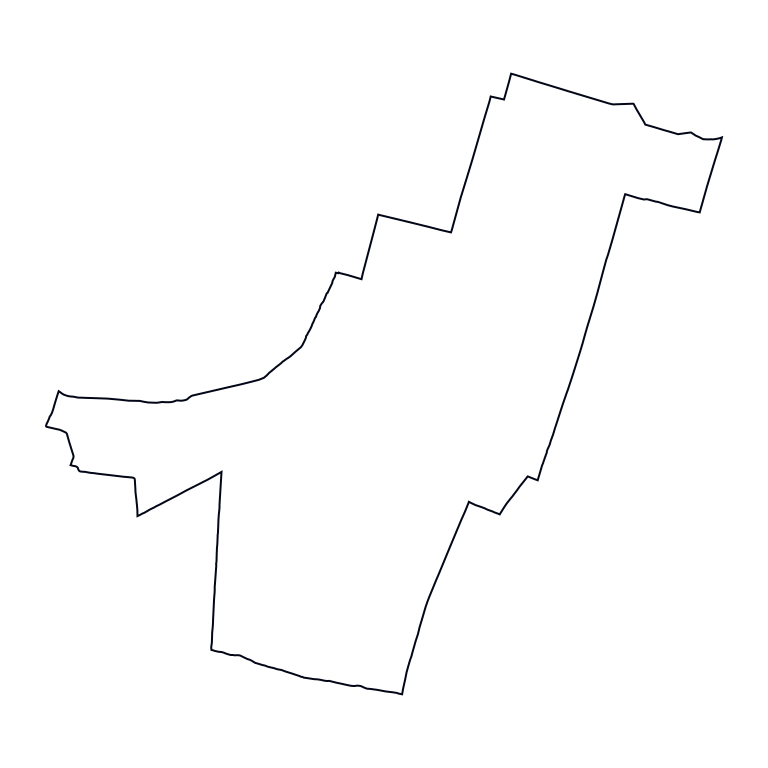 Apele Vii, Dolj, Romania
{"feature_id": "2599482B31738911385156", "entity_name": "Apele Vii", "entity_type": "district", "adm_level": 2, "iso_a3": "ROU", "parent_name": "Romania", "parent_adm1": "Dolj", "projection": "albers", "projection_center": [24.043, 44.082], "detail": "fine", "context": "isolated", "style": "outline", "palette": "ink", "viewbox_px": 768, "rotation_deg": 0, "n_neighbors": 0, "source": "geoboundaries", "source_scale": "gbopen_adm2", "svg_char_len": 6016}
<svg xmlns="http://www.w3.org/2000/svg" viewBox="0 0 768 768"><path d="M710.0,176.6L714.7,161.1L718.3,149.7L721.3,139.9L721.9,137.4L719.7,138.2L716.4,138.9L713.2,139.4L711.2,139.3L707.7,139.4L703.1,139.2L700.8,138.0L698.7,136.9L695.9,135.7L693.9,134.4L691.8,133.0L691.2,132.6L690.3,132.5L689.0,132.7L683.7,133.4L678.1,134.2L667.8,131.2L663.9,130.1L654.0,127.1L645.3,124.6L644.1,122.2L641.2,117.3L636.5,109.3L633.7,104.0L633.5,103.8L633.0,103.7L612.9,104.4L609.4,103.6L594.1,99.0L568.2,91.2L546.4,84.5L538.1,82.0L533.1,80.4L528.9,79.1L514.4,74.6L511.1,73.7L509.1,81.4L505.3,95.0L504.1,99.1L504.0,99.5L490.7,96.5L489.4,101.7L484.7,117.2L472.6,158.8L468.7,171.7L464.0,187.0L460.8,197.3L452.0,229.3L451.0,232.4L441.9,230.3L430.2,227.3L413.2,223.1L380.4,215.2L378.2,214.6L377.0,219.4L372.5,236.7L369.5,248.0L364.5,267.0L363.0,272.6L361.5,279.2L347.8,275.1L340.2,273.2L338.7,272.6L338.4,273.2L335.8,272.7L334.8,276.9L333.1,279.9L332.5,281.3L332.2,283.1L330.1,287.5L328.0,291.9L327.8,292.6L327.2,292.9L326.4,294.1L325.3,297.0L323.6,301.1L322.9,302.2L321.8,303.4L320.3,305.8L319.9,308.4L318.5,311.4L318.0,312.1L317.3,313.4L316.2,315.8L316.1,316.4L315.9,317.0L315.5,317.4L315.1,317.8L313.6,321.6L312.3,324.1L311.7,326.0L310.7,328.2L309.7,330.1L309.1,331.2L308.4,332.3L307.7,333.4L307.5,334.3L306.3,335.9L306.1,336.2L306.0,336.8L305.9,337.8L305.6,338.5L304.7,340.5L303.1,343.7L302.5,345.0L301.8,346.0L301.0,347.1L299.7,348.2L298.1,349.5L295.3,351.9L290.4,356.3L288.5,357.7L286.8,358.7L284.5,360.4L282.6,361.7L281.3,363.0L279.6,364.4L276.2,367.0L274.0,368.9L269.0,373.0L266.9,375.3L263.9,377.8L258.9,379.8L251.2,381.8L240.8,384.4L226.3,387.7L192.3,395.6L190.7,396.4L188.6,398.0L187.8,398.8L186.7,399.6L184.3,400.3L181.8,400.7L180.4,400.7L177.4,400.4L176.6,400.4L173.8,401.5L171.7,402.0L169.8,402.2L165.7,402.2L163.9,402.1L161.8,402.0L159.7,402.4L156.4,402.8L151.4,402.6L148.2,402.5L144.0,401.8L139.7,400.9L128.7,400.7L118.8,399.6L107.4,398.6L93.5,398.1L86.6,397.9L81.4,397.7L77.9,397.6L76.6,397.3L73.5,396.7L70.9,396.5L68.1,396.1L66.5,395.6L64.8,395.0L63.7,394.6L63.2,394.3L61.9,393.5L60.6,392.5L58.7,391.2L57.5,394.8L55.3,401.9L54.2,405.7L53.0,409.9L51.8,413.2L50.7,415.4L49.8,416.4L48.9,419.0L47.4,422.4L46.8,423.4L46.4,424.6L46.1,425.5L46.1,426.2L46.5,426.7L46.9,426.9L47.5,427.0L56.6,429.1L59.5,429.7L60.8,430.2L63.2,431.3L65.9,432.6L66.6,433.4L66.9,433.9L69.2,442.0L71.0,447.8L73.1,454.5L73.5,455.8L73.5,457.2L73.1,458.5L72.3,460.3L71.1,463.7L70.6,465.2L73.4,465.9L75.4,466.2L76.8,466.8L77.8,467.8L78.3,469.4L78.9,470.5L79.5,471.1L80.1,471.4L81.3,471.6L83.8,471.8L85.6,471.9L87.8,472.4L90.9,472.9L94.4,473.2L96.9,473.6L110.5,475.2L123.1,476.7L132.1,477.5L133.6,477.9L134.4,478.5L134.7,479.0L134.9,480.8L135.4,489.6L135.5,492.3L136.3,499.0L136.5,500.2L136.5,501.2L136.7,502.8L137.0,505.8L137.4,510.5L137.4,512.3L137.5,516.1L140.2,514.8L142.3,513.6L143.7,513.1L145.7,512.0L150.5,509.2L153.7,507.7L156.3,506.2L159.5,504.7L164.9,501.8L177.5,495.3L186.1,490.6L207.8,479.6L218.7,473.5L221.5,471.9L219.5,504.8L219.5,507.7L219.2,511.1L218.8,514.6L218.7,516.5L218.5,518.7L218.4,521.1L218.2,527.0L218.0,531.3L218.0,532.8L217.9,533.2L217.8,533.9L217.6,535.9L217.6,536.5L217.7,536.9L217.6,537.3L217.5,540.0L217.3,544.4L216.9,548.5L216.9,550.3L216.8,552.0L216.7,553.4L216.7,555.3L216.6,557.6L216.6,559.8L216.4,562.3L216.1,564.1L216.3,565.3L215.1,581.9L214.7,587.1L214.7,590.8L214.6,592.5L214.5,593.9L214.3,596.0L214.2,597.4L214.1,599.1L214.0,599.7L214.0,600.3L214.0,600.9L213.9,602.5L213.8,604.7L213.4,613.2L213.1,619.2L213.0,622.8L212.7,627.4L212.4,630.4L212.2,632.3L211.9,641.7L211.8,643.4L211.5,645.0L211.3,646.8L211.2,648.0L211.4,649.2L211.5,650.0L212.7,650.2L215.1,651.0L217.8,651.6L219.7,651.9L221.4,652.0L223.9,652.7L225.7,653.5L227.9,654.2L229.9,654.8L230.9,655.0L231.9,655.0L233.0,655.0L234.5,655.3L237.4,655.2L238.1,655.2L239.1,655.3L239.9,655.5L240.6,655.7L242.5,656.7L247.1,658.9L248.5,659.4L249.6,659.7L250.5,660.1L251.6,660.7L253.0,661.5L254.4,662.4L255.5,663.0L256.8,663.3L260.1,664.3L262.3,665.0L264.2,665.4L265.4,665.7L266.7,666.3L267.9,666.7L269.8,667.2L273.0,667.9L275.4,668.6L277.6,669.3L278.8,669.5L280.4,669.8L281.5,670.0L282.7,670.4L283.8,670.9L285.8,671.6L288.0,672.3L291.0,673.2L296.3,675.0L299.7,676.1L301.0,676.8L302.4,676.9L303.7,677.6L305.0,677.8L307.3,678.1L314.3,679.2L317.0,679.3L319.9,679.7L325.0,680.8L327.3,681.0L329.3,680.9L330.5,681.2L336.4,682.7L340.3,683.5L347.5,685.1L351.7,685.9L354.8,686.0L356.6,685.7L358.5,685.7L359.8,685.9L361.2,686.2L363.5,687.3L366.1,688.4L367.3,688.7L368.8,688.8L370.9,689.0L377.5,689.9L385.5,691.4L391.0,692.1L392.3,692.2L395.2,692.7L396.1,692.8L396.7,692.9L398.3,693.5L399.2,693.7L402.1,694.3L403.2,688.3L405.3,678.8L406.6,672.2L408.3,666.1L410.0,660.2L411.4,656.4L412.4,652.5L414.3,645.9L415.6,641.2L416.7,637.9L417.9,634.3L418.7,631.0L419.5,627.6L420.8,623.2L421.6,620.6L423.4,614.5L424.5,610.7L425.5,607.3L427.4,601.8L428.9,597.8L432.4,589.3L436.0,580.5L439.0,573.5L442.4,565.3L450.0,546.9L453.9,537.6L461.2,520.1L465.0,511.6L468.1,503.9L468.9,501.8L471.3,503.1L473.9,504.3L475.8,505.2L477.1,505.6L479.2,506.3L483.1,507.7L484.5,508.2L486.7,509.3L487.8,509.8L492.1,511.3L495.0,512.6L498.4,513.8L499.7,514.4L501.8,511.0L503.7,508.0L505.0,506.0L506.9,503.2L510.3,498.9L512.0,496.9L517.9,489.1L519.5,486.7L523.4,481.9L526.1,478.5L527.5,476.6L527.7,476.4L535.0,479.3L537.7,480.3L542.1,465.4L543.0,463.3L543.7,461.1L544.7,458.4L544.9,457.5L545.1,457.0L545.4,456.6L545.8,455.0L546.6,453.2L546.7,452.8L546.9,451.2L547.4,449.7L547.9,448.6L549.6,444.9L550.8,440.7L553.1,434.5L555.1,427.8L556.2,424.6L560.7,410.6L563.1,403.3L564.9,398.1L566.8,392.6L567.9,389.7L572.9,374.5L579.9,352.3L582.5,343.7L584.7,335.7L587.1,327.3L593.5,306.5L597.2,293.5L603.4,270.3L606.3,259.6L607.9,255.1L611.9,241.5L614.0,234.0L621.7,206.5L624.8,195.3L625.2,194.2L629.2,195.4L638.0,198.1L643.9,199.5L646.9,199.2L647.8,199.4L650.7,200.2L656.1,201.7L657.6,201.8L667.5,205.1L672.8,206.5L685.6,209.2L696.9,211.9L699.7,212.4L707.2,185.8L710.0,176.6Z" fill="none" stroke="#020617" stroke-width="2"/></svg>